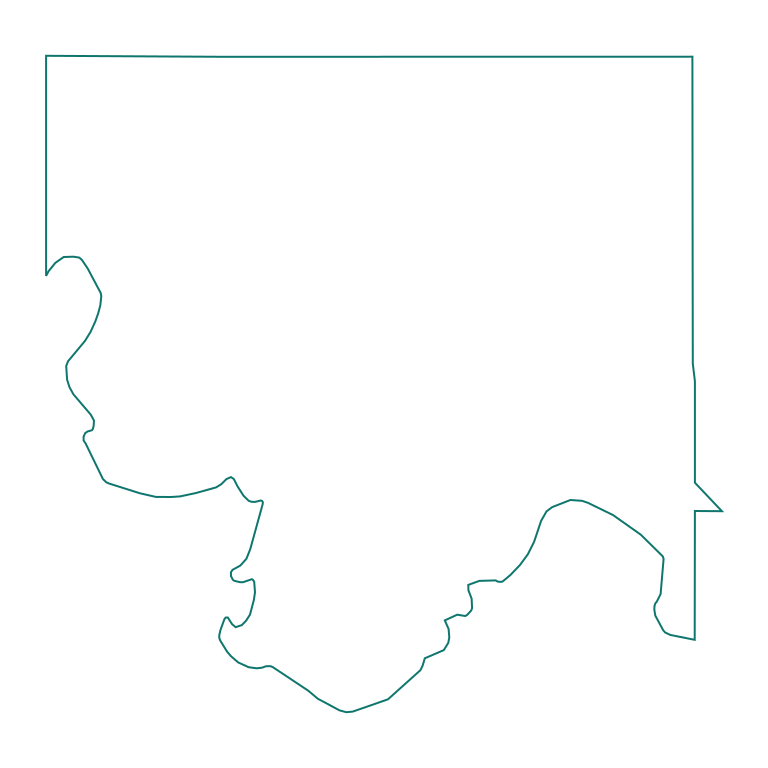 Jefferson, Oklahoma, United States of America (Equal Earth projection)
{"feature_id": "52423323B23820153669185", "entity_name": "Jefferson", "entity_type": "district", "adm_level": 2, "iso_a3": "USA", "parent_name": "United States of America", "parent_adm1": "Oklahoma", "projection": "equal_earth", "projection_center": [-97.897, 34.069], "detail": "fine", "context": "isolated", "style": "outline", "palette": "teal", "viewbox_px": 768, "rotation_deg": 0, "n_neighbors": 0, "source": "geoboundaries", "source_scale": "gbopen_adm2", "svg_char_len": 1894}
<svg xmlns="http://www.w3.org/2000/svg" viewBox="0 0 768 768"><path d="M46.1,55.8L46.1,275.9L48.6,271.2L55.3,262.9L63.7,257.0L73.6,256.7L79.3,257.6L82.0,260.0L87.7,268.5L100.8,293.2L101.3,296.2L100.3,305.4L98.3,313.0L95.3,321.5L90.6,331.8L85.0,340.9L68.0,361.3L66.2,366.1L67.1,379.7L69.5,387.2L73.4,394.3L90.8,414.7L94.0,420.6L93.6,426.1L92.8,429.1L92.0,430.2L87.5,431.5L85.2,433.1L83.6,436.7L83.6,440.5L85.7,443.6L102.9,479.0L106.3,482.3L109.0,483.5L140.0,493.3L155.8,496.9L170.9,497.0L180.1,496.4L195.6,493.1L216.1,487.4L221.3,484.2L226.4,479.1L230.9,477.1L233.8,479.0L237.5,486.3L243.5,495.7L248.7,500.8L251.5,501.8L255.1,501.9L260.8,500.5L262.0,500.9L262.9,502.3L262.6,504.4L250.3,549.0L246.4,558.8L240.4,565.5L232.6,569.8L230.9,572.3L231.0,576.1L232.8,579.7L234.3,580.8L240.1,582.2L243.0,582.2L251.9,579.2L253.0,579.9L254.2,581.8L255.0,592.2L253.9,599.8L250.0,614.6L246.1,620.7L241.8,625.1L235.7,627.2L232.1,624.2L227.8,617.5L225.7,617.5L224.4,619.2L220.4,630.2L219.3,635.1L219.2,637.6L220.1,640.3L226.8,651.2L226.8,651.3L230.9,656.1L238.1,662.4L248.6,667.2L256.7,668.3L262.0,667.7L266.2,666.2L270.6,666.2L272.9,667.2L308.1,690.6L317.9,698.8L339.6,710.4L346.3,712.2L352.7,711.6L388.0,699.3L420.4,670.2L422.6,665.7L424.8,658.3L443.8,650.1L448.3,642.8L449.3,637.3L448.6,629.0L444.8,620.4L457.2,614.7L465.3,616.0L467.2,614.9L471.2,610.5L472.1,608.1L471.6,598.6L468.4,590.2L468.3,584.9L479.3,580.9L495.6,580.4L497.7,581.6L500.9,581.9L502.6,581.5L510.4,575.0L519.9,565.1L527.9,554.2L534.1,541.8L541.1,520.9L546.5,511.4L552.2,507.1L570.4,500.0L582.0,500.8L587.9,502.8L613.1,515.1L640.8,534.7L662.7,556.3L663.6,558.8L660.6,594.1L656.6,602.0L655.4,603.2L654.5,606.0L654.3,609.5L655.3,615.6L663.2,630.3L665.2,632.5L670.5,635.0L694.7,639.8L694.9,511.0L721.9,511.2L694.9,482.7L694.9,381.2L692.8,363.6L692.6,229.6L692.4,56.7L222.1,56.8L46.1,55.8Z" fill="none" stroke="#0f766e" stroke-width="2"/></svg>